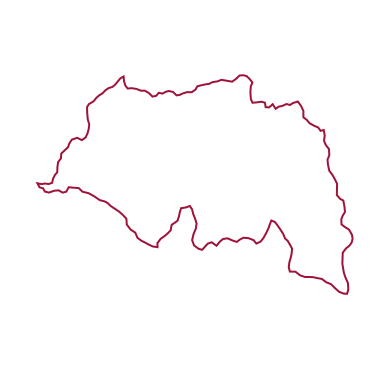 the district of Ingaí, Minas Gerais, Brazil, rotated 351°
{"feature_id": "56859067B52529568172767", "entity_name": "Ingaí", "entity_type": "district", "adm_level": 2, "iso_a3": "BRA", "parent_name": "Brazil", "parent_adm1": "Minas Gerais", "projection": "natural_earth1", "projection_center": [-44.929, -21.424], "detail": "fine", "context": "isolated", "style": "outline", "palette": "rose", "viewbox_px": 384, "rotation_deg": 351, "n_neighbors": 0, "source": "geoboundaries", "source_scale": "gbopen_adm2", "svg_char_len": 2898}
<svg xmlns="http://www.w3.org/2000/svg" viewBox="0 0 384 384"><g transform="rotate(351 192 192)"><path d="M67.9,172.0L71.0,168.0L75.6,169.2L80.7,170.4L83.9,174.6L89.7,177.0L95.1,181.3L99.5,185.5L104.1,187.6L106.8,189.5L109.4,193.0L113.5,196.8L116.8,199.8L120.0,203.7L123.0,208.1L122.5,214.0L125.5,219.5L129.6,223.3L131.0,228.8L134.4,232.2L138.0,234.8L140.8,237.0L144.6,239.6L149.3,241.1L149.9,237.0L153.6,233.4L158.2,231.1L161.5,229.1L164.9,226.5L166.8,221.2L170.2,219.7L173.3,218.0L175.3,214.0L176.7,210.4L178.7,206.3L183.6,206.3L187.7,205.5L189.4,209.3L189.8,214.2L190.9,218.9L191.6,223.7L190.1,228.7L187.0,233.7L184.6,239.5L185.7,245.1L189.6,249.1L193.0,250.7L196.4,247.9L199.4,245.5L203.5,244.7L207.8,248.9L211.6,245.5L215.2,243.3L219.8,243.3L224.5,246.3L228.5,248.3L231.8,246.5L235.6,245.2L240.7,246.5L245.3,249.2L247.5,253.0L251.8,251.8L255.3,248.7L258.6,244.5L262.1,239.4L263.7,236.3L265.9,232.6L269.1,234.5L271.3,238.5L273.5,243.1L275.6,247.9L276.6,252.4L278.8,255.1L280.3,258.8L282.0,263.6L280.6,268.9L279.0,272.8L277.2,276.6L275.8,281.3L276.2,285.9L281.7,286.9L285.8,291.3L290.3,293.6L295.0,294.4L298.1,295.0L301.7,296.4L306.7,298.2L310.4,302.1L314.8,304.7L318.5,309.7L321.7,313.6L325.7,316.0L329.2,316.8L331.1,313.0L331.8,306.3L330.2,300.4L329.4,295.8L329.3,291.7L329.3,286.2L330.4,280.6L331.4,275.5L335.3,271.8L339.1,269.6L341.8,266.9L343.3,263.3L343.3,259.4L341.2,253.7L337.2,250.2L334.6,247.4L335.2,242.3L337.2,238.9L339.9,235.8L340.3,230.6L340.1,224.1L337.2,221.9L334.6,217.7L335.6,212.0L336.6,206.5L335.0,201.5L333.4,197.2L330.9,192.4L330.6,186.1L330.9,181.3L333.4,177.1L334.0,171.0L331.6,166.7L330.4,162.1L331.9,157.0L331.8,151.4L328.6,151.7L326.7,148.0L323.3,145.9L318.9,142.5L316.6,138.7L313.7,135.6L314.7,129.4L313.1,123.9L310.7,119.2L305.8,119.9L302.3,121.4L299.2,119.9L294.6,121.1L290.9,121.3L287.6,122.9L285.4,117.9L281.4,120.5L278.0,119.7L278.0,115.2L274.7,113.7L269.6,113.6L265.7,113.3L264.7,109.6L265.2,103.0L266.6,96.9L268.8,93.2L266.3,89.0L264.1,86.1L261.1,84.7L257.1,84.4L253.1,87.2L248.9,89.3L244.5,87.8L238.5,85.8L234.7,86.7L229.5,86.7L225.6,87.9L222.0,87.8L218.5,88.0L213.9,88.4L211.3,91.5L207.3,93.4L202.8,92.6L198.3,93.2L194.9,94.2L191.8,94.1L188.9,90.2L184.8,88.6L181.4,89.0L178.2,90.2L174.8,88.8L171.6,91.4L167.9,91.6L165.0,87.6L161.2,84.5L157.5,84.0L153.2,81.5L149.0,80.1L144.6,79.7L142.8,76.3L142.2,72.2L142.5,67.2L138.9,68.6L136.0,71.2L132.7,74.1L129.7,75.8L126.0,76.3L122.5,77.9L119.1,80.5L115.3,82.1L112.1,84.2L108.9,87.1L104.0,89.0L101.7,91.6L100.9,97.1L100.4,103.9L101.1,109.2L99.9,113.4L98.0,117.7L95.4,121.5L91.3,123.5L87.0,120.5L81.5,121.5L78.3,125.0L76.6,128.4L73.2,130.6L68.9,133.6L67.8,138.3L64.4,141.5L63.0,146.3L62.0,151.4L59.1,153.9L56.7,157.4L55.4,161.0L51.8,161.7L47.9,160.6L44.7,160.7L40.7,159.2L42.1,163.5L45.5,165.1L46.7,168.5L50.6,170.2L56.1,169.2L60.5,169.5L64.2,172.4L67.9,172.0Z" fill="none" stroke="#9f1239" stroke-width="2"/></g></svg>